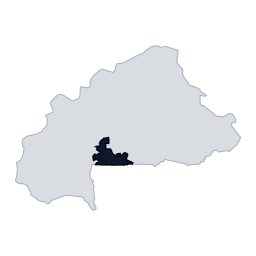 Sissili, Sissili, Burkina Faso shown in context
{"feature_id": "67063806B75900195473972", "entity_name": "Sissili", "entity_type": "district", "adm_level": 2, "iso_a3": "BFA", "parent_name": "Burkina Faso", "parent_adm1": "Sissili", "projection": "orthographic", "projection_center": [-2.154, 11.45], "detail": "fine", "context": "in_parent", "style": "filled", "palette": "ink", "viewbox_px": 256, "rotation_deg": 0, "n_neighbors": 0, "source": "geoboundaries", "source_scale": "gbopen_adm2", "svg_char_len": 7470}
<svg xmlns="http://www.w3.org/2000/svg" viewBox="0 0 256 256"><path d="M198.7,164.1L191.4,164.5L188.7,165.3L187.1,165.4L187.0,164.7L186.8,164.3L177.5,162.1L171.0,160.8L164.5,159.4L164.1,160.8L163.2,161.7L161.7,161.8L160.7,161.5L160.1,162.6L159.0,164.0L157.5,164.7L156.0,165.6L155.2,166.4L154.5,166.4L153.0,164.6L151.0,164.4L147.3,164.8L145.6,164.3L143.3,164.0L137.9,164.4L129.2,163.7L127.8,164.1L127.4,164.5L118.8,164.6L109.4,164.7L101.5,164.7L94.6,164.8L94.5,164.5L92.3,164.4L92.1,165.0L90.1,172.3L89.9,176.2L90.9,178.7L92.1,180.2L93.4,180.9L93.5,181.8L92.5,182.9L92.6,184.1L93.8,185.3L94.1,186.5L93.5,187.8L93.6,191.0L94.5,196.1L94.5,199.3L93.7,200.8L94.1,203.4L95.8,207.0L96.1,208.5L95.5,209.2L94.0,210.1L92.6,210.1L90.9,207.9L90.2,206.9L88.8,204.7L87.7,202.5L86.1,201.5L84.6,200.6L82.8,197.8L81.0,196.4L79.1,196.8L76.3,196.3L70.8,195.6L64.8,195.7L62.3,196.4L59.8,197.4L53.6,199.6L51.1,200.7L49.2,203.5L47.1,203.4L45.0,202.5L43.7,201.2L40.8,201.5L38.1,200.2L35.5,197.7L33.5,196.9L31.0,195.1L30.4,191.7L28.8,189.3L27.4,186.0L25.3,184.5L22.8,183.7L19.4,183.8L17.1,182.5L15.4,180.5L15.8,178.9L16.7,176.5L16.8,174.2L17.4,170.5L17.1,165.9L16.5,162.6L18.4,161.3L20.6,160.1L22.0,157.9L23.4,153.0L24.1,148.8L23.7,147.2L22.9,145.9L22.4,144.1L22.1,141.8L22.5,139.9L24.2,138.1L26.3,136.6L27.7,135.9L31.6,135.2L36.5,134.1L39.3,132.8L41.4,131.6L42.5,130.6L43.7,128.5L45.6,126.9L47.0,125.3L47.3,120.8L47.3,118.2L46.2,116.8L45.7,115.5L52.9,112.1L52.9,109.6L52.0,106.8L50.6,104.5L50.1,102.6L52.1,100.3L53.9,98.6L55.1,97.2L58.0,95.0L60.9,94.5L63.6,95.3L71.4,100.6L72.7,100.9L74.4,100.5L76.5,99.1L79.1,98.1L80.1,94.6L80.1,89.5L80.7,87.1L82.1,86.7L86.6,87.7L87.8,87.8L89.1,87.4L90.1,86.5L90.0,84.9L89.8,83.4L91.3,78.7L94.0,75.1L99.4,70.6L101.1,69.8L103.1,69.3L112.7,72.4L114.3,71.6L116.7,64.0L119.3,63.3L122.5,63.1L124.5,62.5L125.6,62.0L130.2,59.1L138.3,55.1L142.6,53.4L143.5,52.8L146.6,50.0L150.7,46.8L153.3,46.1L157.0,45.9L159.3,46.4L159.9,47.3L160.7,47.7L165.4,46.3L172.3,48.5L178.2,50.5L177.8,51.9L177.8,54.3L177.3,58.0L176.8,62.6L179.3,65.5L182.2,68.6L183.0,69.8L182.3,72.9L182.8,74.7L184.4,77.7L187.1,81.6L189.8,85.5L191.7,86.0L193.5,86.3L194.6,87.0L196.2,87.7L197.7,88.1L199.1,88.9L200.0,89.8L201.2,92.2L204.3,93.8L206.4,95.4L205.6,96.2L202.9,95.9L200.4,95.2L200.1,96.4L200.0,100.9L200.5,104.6L201.1,105.1L203.6,105.7L209.6,110.5L215.1,115.0L217.0,116.2L220.0,116.6L223.3,116.8L224.8,116.3L228.0,114.0L229.7,113.7L231.3,113.7L232.2,114.1L233.8,115.9L235.3,118.8L235.8,120.9L235.6,122.0L235.1,122.4L232.5,123.0L231.3,123.5L231.1,124.1L231.5,125.5L232.0,126.4L235.0,130.5L239.3,135.9L240.6,137.3L239.9,139.0L237.8,143.3L236.3,145.2L229.3,151.4L225.8,150.7L218.5,152.1L217.3,150.7L215.6,150.5L213.5,150.8L212.7,151.3L212.5,151.9L211.8,152.8L210.5,155.2L209.4,155.9L208.1,156.3L206.5,156.2L205.6,156.5L205.6,157.8L205.3,158.8L204.2,159.3L203.8,160.5L203.9,161.7L203.3,162.2L201.9,161.9L201.1,161.6L200.3,163.1L199.4,164.1L198.7,164.1Z" fill="#d9dde1" stroke="#a8b0b8" stroke-width="1"/><path d="M93.0,157.4L93.1,157.5L93.3,157.9L93.2,158.5L93.3,158.8L93.3,159.1L93.4,159.4L93.4,159.6L93.5,160.0L93.6,160.4L95.0,159.8L95.2,159.7L95.0,159.0L95.0,158.8L95.1,158.7L95.3,158.5L95.7,158.5L96.1,158.6L96.3,158.7L96.8,159.2L97.1,159.4L97.4,159.9L97.7,160.2L98.1,160.4L98.4,160.6L98.6,160.8L98.7,161.1L98.6,161.9L98.5,162.3L98.3,162.7L98.2,162.8L97.8,162.8L97.4,162.8L96.9,162.8L96.7,162.8L96.6,163.1L96.5,163.4L96.3,163.6L96.2,163.7L95.8,163.9L95.7,164.1L95.6,164.3L95.6,164.5L95.9,164.5L96.0,164.5L96.7,164.6L98.6,164.5L99.0,164.6L99.5,164.6L100.1,164.7L100.8,164.7L101.2,164.8L101.6,164.9L103.6,164.8L104.9,164.8L105.4,164.8L105.8,164.9L106.5,164.9L107.5,164.8L108.1,164.8L108.6,164.8L108.7,164.7L109.3,164.8L109.8,164.8L110.2,164.9L110.4,164.9L111.5,165.0L114.3,165.0L114.5,165.1L116.6,164.9L116.9,165.0L117.9,164.9L122.0,164.9L123.0,164.9L123.2,165.0L123.4,165.1L124.1,165.1L124.5,164.9L125.7,164.5L126.1,164.5L126.5,164.6L126.8,164.7L127.6,164.7L127.8,164.4L127.7,164.1L127.8,163.8L129.3,163.8L129.6,163.9L130.0,163.8L130.6,163.9L131.3,163.8L132.2,163.9L132.3,164.0L132.4,163.7L132.2,163.5L132.2,163.4L132.3,163.3L132.5,163.2L132.5,162.9L132.6,162.7L132.4,162.7L132.2,162.8L132.2,163.0L131.9,163.2L131.7,163.0L131.5,162.9L131.3,162.7L131.2,162.7L131.0,162.4L130.7,162.2L130.7,161.9L130.8,161.9L131.0,161.7L130.9,161.6L130.6,161.6L130.4,161.7L130.2,161.7L129.9,161.5L129.7,161.6L129.3,161.7L129.1,161.7L128.9,161.5L129.0,161.4L128.9,161.1L128.6,161.3L128.4,161.2L128.3,160.8L128.4,160.7L128.2,160.6L127.8,160.6L127.7,160.6L127.6,160.8L127.4,160.8L127.3,160.7L127.2,160.7L127.2,160.3L127.1,160.2L126.8,160.1L126.7,160.0L126.5,159.9L126.3,159.9L126.4,159.7L126.1,159.6L125.9,159.6L125.7,159.6L125.7,159.3L125.8,159.1L126.0,158.9L126.6,158.1L126.8,157.9L126.8,157.7L126.7,157.3L126.7,157.0L126.8,156.5L126.9,156.3L127.0,156.2L127.3,156.1L127.5,155.9L127.5,155.4L127.4,154.9L127.4,154.6L127.5,154.4L127.3,154.3L127.3,154.2L127.2,154.2L127.1,153.9L127.0,153.7L126.8,153.7L126.6,153.6L126.4,153.6L126.3,153.4L126.2,153.3L126.1,153.2L125.3,153.0L124.5,152.8L124.3,152.9L124.2,152.9L124.1,153.0L123.9,153.2L123.5,153.9L123.1,154.1L122.7,154.5L122.4,154.7L122.1,154.9L121.7,155.1L121.4,155.3L121.2,155.3L121.0,155.2L120.9,155.2L120.6,154.8L120.5,154.7L120.4,154.7L120.2,154.7L119.9,154.6L119.9,154.4L120.0,154.1L119.9,153.8L120.0,153.6L118.5,153.7L117.7,153.7L117.4,153.9L117.2,154.1L117.1,154.6L116.8,154.5L116.6,154.4L116.5,154.5L116.4,154.6L116.3,154.9L116.3,155.0L116.2,155.8L116.1,156.0L116.0,155.8L115.8,156.0L115.7,156.2L115.4,156.0L115.2,156.0L114.9,156.0L114.9,155.9L114.7,155.8L114.5,155.5L114.5,155.4L114.4,155.4L114.3,155.2L114.4,154.9L113.8,154.6L113.3,154.3L113.0,154.0L112.6,153.6L112.3,153.2L112.0,152.6L111.7,151.7L111.3,150.3L111.2,150.1L110.6,149.4L110.3,149.1L110.1,149.0L109.9,149.0L108.6,149.1L107.6,149.1L107.4,149.1L107.1,149.0L106.8,148.8L106.4,148.7L106.1,148.5L106.0,148.4L105.8,148.1L105.7,148.0L105.6,147.8L105.6,147.3L105.7,146.1L105.7,145.8L105.7,143.9L105.8,143.5L106.1,143.1L106.3,142.9L106.4,143.0L106.5,143.0L106.9,143.2L107.1,143.1L107.6,143.2L107.7,143.3L108.4,143.5L108.5,143.5L108.6,143.4L108.8,143.2L108.8,142.7L108.8,142.1L108.5,141.3L108.4,141.0L108.2,140.6L108.2,140.4L108.3,140.4L108.7,140.3L108.9,140.3L108.9,140.2L108.8,139.6L108.5,138.2L108.4,137.5L108.2,137.5L107.6,137.7L107.5,137.8L107.2,137.8L106.8,137.9L105.3,138.2L105.1,138.2L104.4,138.2L104.0,138.2L103.9,138.2L103.7,138.5L103.6,138.8L103.3,139.0L103.0,139.2L102.4,139.4L102.2,139.6L101.8,140.1L101.5,140.5L101.4,140.7L101.2,140.9L101.1,141.0L101.0,140.9L100.9,140.9L100.6,140.8L100.6,140.7L100.5,140.9L100.4,141.4L100.4,142.1L100.3,142.5L100.2,142.6L99.7,142.8L99.5,143.0L99.8,143.6L99.8,144.0L99.9,144.5L99.9,145.2L99.9,145.7L99.8,146.1L99.7,146.2L98.8,146.2L98.6,146.2L97.8,146.1L97.6,146.1L96.8,146.4L96.3,146.7L95.9,146.8L96.4,147.0L96.7,147.3L96.9,147.6L97.0,148.1L97.0,148.6L96.9,149.1L96.8,149.5L96.9,149.8L97.3,150.2L97.8,150.6L98.4,150.9L98.8,151.0L99.5,151.5L99.8,151.7L100.0,151.7L100.5,151.8L100.8,152.0L101.2,152.4L101.3,152.5L101.2,152.5L101.0,152.8L100.7,153.0L100.2,153.3L100.1,153.5L99.9,153.5L99.6,153.6L99.3,153.5L99.2,153.5L98.7,153.5L98.3,153.5L98.2,153.8L98.1,154.3L98.1,154.6L98.1,154.9L98.0,155.0L97.7,154.9L97.4,154.9L96.4,154.8L96.0,154.8L95.9,154.7L95.6,154.6L95.1,154.3L94.9,154.2L94.4,154.6L94.1,154.9L93.9,155.0L93.7,155.7L93.4,155.9L93.1,156.1L93.0,156.5L93.0,156.8L93.1,157.0L93.0,157.3L93.0,157.4Z" fill="#0f172a" stroke="#020617" stroke-width="1.5"/></svg>